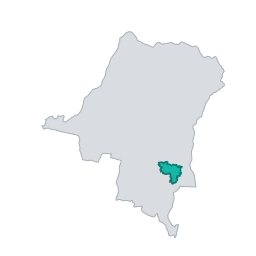 Manono, Katanga, Democratic Republic of the Congo (highlighted), rotated 13°
{"feature_id": "63176286B74212537268608", "entity_name": "Manono", "entity_type": "district", "adm_level": 2, "iso_a3": "COD", "parent_name": "Democratic Republic of the Congo", "parent_adm1": "Katanga", "projection": "natural_earth1", "projection_center": [27.399, -7.421], "detail": "fine", "context": "in_parent", "style": "filled", "palette": "teal", "viewbox_px": 256, "rotation_deg": 13, "n_neighbors": 0, "source": "geoboundaries", "source_scale": "gbopen_adm2", "svg_char_len": 7858}
<svg xmlns="http://www.w3.org/2000/svg" viewBox="0 0 256 256"><g transform="rotate(13 128 128)"><path d="M207.5,170.2L191.2,173.2L191.5,174.3L191.4,175.4L190.9,176.3L189.3,178.6L186.8,180.8L186.8,181.3L188.0,183.7L188.8,187.0L188.6,192.8L188.9,194.4L188.9,195.6L188.0,196.9L186.4,203.9L187.5,207.3L190.7,210.5L192.6,212.8L195.8,213.7L196.3,213.5L196.5,211.6L199.0,210.8L199.0,223.3L198.8,224.0L198.4,224.1L197.7,223.7L197.6,222.6L196.9,222.0L193.8,223.6L193.0,223.5L192.1,223.3L191.5,222.6L191.3,221.7L189.2,218.1L188.1,217.8L186.9,214.5L182.0,212.2L180.1,212.0L179.1,211.2L178.2,208.7L176.5,207.0L176.2,205.2L175.9,204.9L174.9,205.3L174.0,208.2L172.9,208.9L170.9,208.9L165.9,208.1L162.3,206.6L161.4,206.7L159.9,205.4L159.3,203.1L159.7,201.4L159.4,201.1L153.9,202.6L152.6,203.5L151.4,203.2L151.0,202.8L151.5,201.6L151.3,200.3L150.9,199.7L149.2,199.2L148.7,197.9L147.7,197.7L147.4,197.9L147.2,198.8L146.6,199.1L143.3,198.7L139.9,199.9L135.4,199.5L133.2,201.0L132.9,201.0L132.4,200.2L132.0,197.9L132.2,197.2L132.9,196.8L133.1,195.8L132.9,193.4L133.1,192.8L132.8,191.4L132.1,189.1L131.2,187.3L129.1,184.6L128.7,183.3L128.9,180.2L129.5,175.3L129.4,171.7L128.6,169.4L128.4,166.8L128.9,162.3L128.4,161.2L118.0,160.8L117.6,160.5L117.4,159.8L117.8,157.1L111.5,157.8L109.6,158.3L108.4,159.4L108.1,160.8L108.0,162.8L107.1,164.7L106.8,167.9L105.1,168.2L103.3,168.2L100.0,167.6L96.7,168.5L95.1,169.3L94.2,168.9L91.3,169.2L90.9,169.0L87.5,162.7L86.0,160.6L85.7,159.6L85.8,158.6L85.4,157.3L83.8,154.1L83.5,152.5L83.6,150.2L83.4,149.4L82.0,147.4L81.0,146.7L80.0,146.3L63.1,146.6L57.5,146.2L53.4,146.5L51.3,146.3L50.7,146.0L48.9,146.5L47.9,147.3L46.4,147.8L45.5,147.6L43.7,145.2L46.1,144.8L46.3,144.6L46.4,139.0L45.8,138.2L47.1,137.2L49.1,134.8L51.1,133.9L51.4,133.4L51.8,133.4L52.6,134.5L54.3,135.8L56.5,134.6L56.7,134.3L57.0,131.9L57.5,131.7L58.4,132.2L58.9,132.2L59.9,131.5L62.6,130.3L63.4,131.8L62.7,133.2L63.0,134.2L63.1,135.7L63.6,136.1L65.7,136.3L66.4,135.9L70.7,130.4L71.8,129.7L73.6,127.5L76.0,126.6L77.0,124.8L78.4,121.7L79.0,117.3L78.8,109.6L79.0,108.6L81.9,105.1L84.8,98.8L86.9,97.2L88.4,96.5L90.7,94.2L92.6,91.9L92.3,89.1L92.7,86.8L93.8,83.9L94.1,80.8L93.7,77.5L93.9,74.8L95.3,70.5L95.4,65.6L96.7,61.5L99.1,56.3L100.3,52.4L100.1,48.6L100.4,45.8L100.3,44.1L99.8,42.7L100.1,41.7L101.0,41.4L102.2,39.9L104.3,36.2L106.6,34.3L108.1,33.7L109.8,33.8L110.8,34.1L112.6,35.6L114.5,36.8L116.0,38.3L117.5,40.6L121.0,41.1L122.5,41.9L123.4,42.2L123.7,42.0L124.5,42.1L126.1,42.8L127.4,42.4L133.9,43.9L134.7,43.2L136.5,39.2L137.9,37.9L140.1,37.7L141.8,38.5L142.7,38.5L150.7,35.1L151.8,34.9L154.7,35.8L156.6,35.2L157.3,35.4L159.0,34.8L160.3,32.4L161.4,31.9L172.9,34.4L174.6,33.2L175.5,33.0L178.0,33.9L178.8,35.4L180.3,36.6L181.4,38.7L183.1,39.8L184.0,40.9L185.0,41.7L187.1,42.0L189.7,40.1L191.6,40.3L193.5,41.3L194.1,41.3L195.5,40.2L196.3,39.0L197.0,38.8L198.1,39.3L199.0,40.4L199.8,41.9L202.7,45.5L205.5,47.0L206.2,49.1L207.2,48.9L207.7,49.1L208.4,50.5L208.9,50.8L209.0,51.3L208.3,52.6L207.7,55.1L208.5,56.6L207.8,58.8L207.4,61.1L208.3,61.7L209.5,61.6L210.6,62.8L211.4,63.0L212.3,64.3L212.1,65.3L209.3,69.0L205.2,73.6L203.8,74.1L203.1,75.0L202.6,76.3L201.4,77.4L200.5,77.9L200.4,81.1L199.0,84.6L198.5,85.3L197.7,90.8L197.9,91.7L197.1,96.3L197.2,100.5L195.2,101.8L193.9,103.9L193.3,105.3L193.3,108.7L191.0,110.8L190.9,111.3L191.4,113.7L192.3,114.1L192.3,114.9L194.1,117.5L194.0,125.5L194.1,126.3L195.1,128.2L195.7,131.8L195.0,136.4L197.5,144.9L196.4,148.0L196.9,150.9L198.4,154.0L201.9,157.1L202.8,158.3L203.7,160.0L204.5,162.7L207.5,170.2Z" fill="#d9dde1" stroke="#a8b0b8" stroke-width="1"/><path d="M165.7,154.7L165.7,154.9L165.7,155.0L165.9,155.0L165.9,155.3L166.1,155.5L166.4,155.5L166.4,155.8L166.5,155.8L166.8,155.9L166.8,156.1L166.4,156.0L166.3,156.3L166.3,156.5L166.0,156.6L165.9,156.7L166.0,156.8L166.6,157.0L166.4,157.4L166.5,157.5L166.9,157.6L167.2,157.4L167.5,157.4L167.6,157.5L167.5,157.8L167.7,158.3L168.0,158.4L168.2,158.1L168.4,158.2L168.6,158.4L168.8,158.5L169.1,158.5L169.3,158.4L169.9,158.6L169.8,158.9L169.9,159.0L169.8,159.4L169.6,159.5L169.2,159.6L169.0,160.3L168.9,160.5L169.0,160.6L168.9,160.9L168.7,161.3L168.9,161.8L169.1,161.8L169.3,162.2L169.5,162.1L169.3,161.8L169.3,161.7L169.6,161.7L169.7,161.9L169.8,162.4L169.9,162.2L170.0,162.1L170.3,162.3L170.3,162.6L170.7,162.8L171.0,163.1L171.4,163.2L171.4,163.5L171.5,163.6L171.8,163.4L172.1,163.6L172.3,163.6L172.4,163.4L172.5,163.4L172.6,163.5L172.8,163.9L172.9,164.0L172.7,164.4L173.1,164.4L173.8,164.5L174.0,164.5L174.0,164.4L174.4,164.5L174.9,164.4L175.2,164.5L175.7,164.3L176.3,164.3L176.4,164.2L176.4,163.7L176.4,163.4L176.5,163.0L176.5,162.9L176.5,163.0L176.8,163.3L176.9,163.5L177.0,163.5L177.6,163.5L177.6,163.4L177.7,163.2L177.9,163.1L178.1,162.9L178.3,162.8L178.4,163.0L178.4,163.4L178.8,163.3L178.9,163.2L178.9,162.9L179.0,162.9L179.3,163.1L179.5,163.1L179.7,163.4L179.6,163.7L179.7,163.8L179.9,163.9L180.0,164.1L180.0,164.3L180.3,164.6L180.3,164.8L180.1,165.0L180.0,165.5L180.0,166.0L180.6,166.8L180.9,167.0L181.3,166.8L181.4,166.6L181.6,166.7L181.6,167.0L181.9,167.1L182.0,167.2L182.0,167.4L181.9,167.6L181.9,167.8L181.8,168.1L181.3,168.8L181.0,169.1L180.9,169.4L180.7,169.6L180.8,169.8L180.8,169.7L181.0,169.5L181.3,169.6L181.5,169.6L181.9,169.4L182.0,169.5L181.8,169.7L181.7,169.9L181.4,170.0L181.1,170.3L180.9,170.6L180.8,170.8L180.9,170.7L181.0,170.6L181.0,171.1L181.3,171.0L181.4,170.6L181.5,170.4L181.7,170.2L181.9,170.1L181.8,170.5L182.0,170.7L182.2,170.8L182.3,170.7L182.4,170.9L182.9,171.0L183.0,170.8L183.0,170.7L183.1,171.0L183.1,171.3L183.1,171.5L183.1,171.8L183.2,172.0L183.3,172.1L183.5,172.2L183.5,172.3L183.8,172.4L184.1,172.3L183.8,171.8L183.9,171.7L184.0,171.9L184.2,171.7L184.4,171.7L184.7,171.5L184.9,171.1L185.1,171.0L185.2,170.8L185.3,170.8L185.6,170.8L185.6,171.1L185.9,171.1L186.9,170.1L187.1,169.9L187.0,169.2L187.1,168.7L187.5,168.3L187.9,167.3L187.9,167.1L187.7,166.8L187.4,166.8L187.1,166.6L187.0,166.3L186.6,166.0L186.4,165.9L186.5,165.7L186.8,165.4L186.9,165.1L187.2,165.0L187.3,164.9L187.5,164.8L187.1,164.2L186.8,164.1L186.8,163.9L187.0,163.4L187.4,163.4L187.5,163.3L187.9,163.4L188.2,163.3L188.3,163.3L188.5,163.3L188.6,163.2L188.9,163.2L189.0,163.3L189.3,163.2L189.3,162.9L189.2,162.8L189.1,162.4L189.0,162.1L189.0,161.8L189.2,161.7L189.3,161.6L189.5,161.7L189.8,161.4L189.8,161.0L189.6,160.8L189.4,160.7L188.9,160.2L189.0,160.0L189.4,160.1L189.5,160.1L189.8,160.1L190.0,160.0L190.1,159.8L190.0,159.6L189.9,159.6L189.7,159.6L189.3,159.5L189.1,159.4L188.9,158.4L188.7,158.0L188.8,157.8L188.8,157.6L188.8,157.3L188.7,157.2L188.7,157.3L188.4,157.3L188.3,157.1L188.3,156.8L188.3,156.1L188.4,155.1L188.5,154.9L188.7,154.6L189.0,154.5L189.2,154.0L189.3,153.7L188.3,153.5L187.8,153.8L187.5,153.7L187.3,153.6L186.9,153.5L186.8,153.4L186.5,153.4L186.4,153.5L186.5,153.8L186.7,154.4L186.3,154.7L186.0,155.0L185.9,155.0L185.7,154.6L185.4,154.5L185.3,154.0L185.2,154.0L184.7,154.2L184.3,154.0L183.9,153.9L183.7,153.8L183.6,153.7L183.4,153.4L183.4,153.2L183.5,152.9L183.3,152.9L182.8,153.3L182.7,153.4L182.3,153.4L181.9,153.3L181.5,153.4L181.2,153.4L180.7,153.3L180.3,153.3L180.2,153.4L180.0,153.5L179.7,153.9L179.4,154.1L179.2,154.3L179.0,154.8L178.9,155.0L178.7,154.8L177.7,154.4L177.4,154.2L176.7,154.3L176.3,154.3L176.2,154.1L175.4,154.1L174.8,154.1L174.6,154.2L174.2,154.3L174.2,153.5L174.3,153.1L174.3,152.8L174.3,152.5L174.3,152.3L174.2,152.2L173.8,152.1L173.7,152.2L173.7,152.3L173.6,152.2L173.5,152.3L173.3,152.4L173.2,152.4L172.9,152.3L172.7,152.3L172.3,152.5L172.2,152.5L171.9,152.8L171.7,153.0L171.4,153.2L171.4,153.5L171.2,153.6L171.3,153.8L171.2,153.9L171.1,154.1L171.1,154.4L171.0,154.5L170.7,154.6L170.2,154.2L170.2,153.9L169.8,153.7L169.5,153.7L168.9,153.7L168.7,153.7L168.3,154.0L168.0,153.9L167.9,154.0L167.6,154.0L167.4,154.2L167.3,154.3L167.2,154.3L166.7,154.4L166.2,154.6L165.7,154.7Z" fill="#14b8a6" stroke="#0f766e" stroke-width="1.5"/></g></svg>